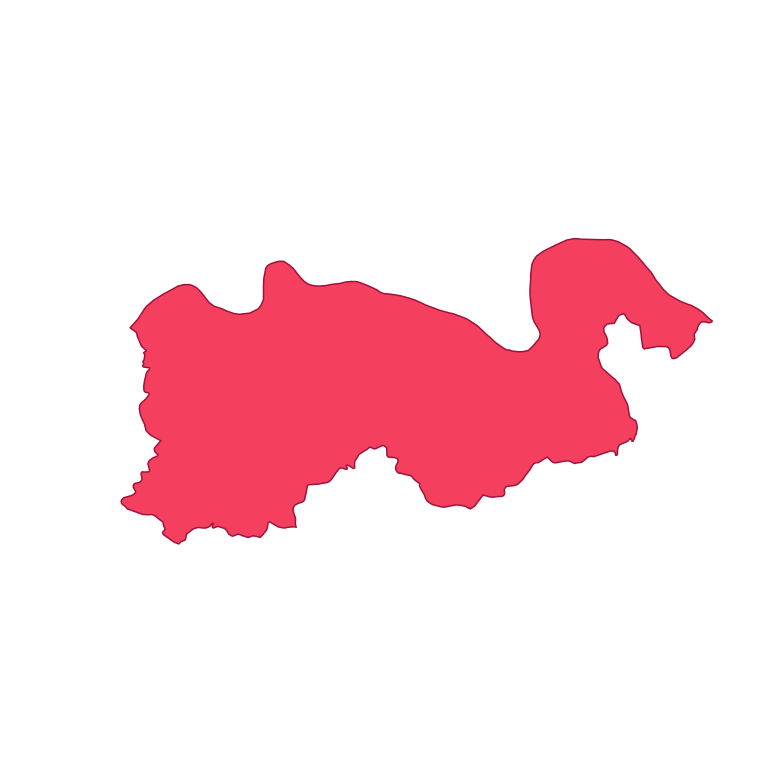 Phu Ninh, Phú Thọ, Vietnam (Albers equal-area conic projection), rotated 302°
{"feature_id": "81297802B64104222015073", "entity_name": "Phu Ninh", "entity_type": "district", "adm_level": 2, "iso_a3": "VNM", "parent_name": "Vietnam", "parent_adm1": "Phú Thọ", "projection": "albers", "projection_center": [105.302, 21.456], "detail": "fine", "context": "isolated", "style": "filled", "palette": "rose", "viewbox_px": 768, "rotation_deg": 302, "n_neighbors": 0, "source": "geoboundaries", "source_scale": "gbopen_adm2", "svg_char_len": 6171}
<svg xmlns="http://www.w3.org/2000/svg" viewBox="0 0 768 768"><g transform="rotate(302 384 384)"><path d="M142.0,232.1L145.6,248.8L148.3,253.5L150.2,256.2L150.8,258.4L150.8,260.7L150.0,266.1L149.9,269.5L146.7,272.5L146.0,274.0L144.9,275.3L143.5,275.3L140.9,274.8L139.6,276.3L139.3,277.6L138.7,289.1L139.1,292.4L139.7,294.8L142.3,295.2L144.5,296.7L145.6,297.7L147.4,298.0L151.4,296.2L152.9,296.4L159.7,298.9L162.9,301.4L164.4,303.3L165.5,305.9L166.9,308.4L167.8,309.5L169.5,310.8L171.7,311.9L174.6,312.1L175.3,312.8L175.1,313.4L173.2,313.5L172.1,314.0L171.5,314.7L171.4,315.2L171.7,315.9L174.5,317.9L175.1,318.6L175.6,319.8L177.0,325.4L176.4,328.2L174.5,331.9L174.4,335.1L174.9,336.5L177.3,338.3L179.1,339.4L179.5,340.3L179.9,341.9L180.5,344.9L181.7,349.7L182.8,351.0L185.4,352.8L186.6,355.0L188.4,360.3L192.1,361.2L198.1,361.8L201.5,360.8L205.0,359.2L205.9,359.4L206.6,360.4L206.7,369.8L208.1,373.8L209.5,376.5L211.6,378.4L215.2,383.4L216.0,385.3L218.7,382.7L222.8,380.5L224.5,378.7L225.5,377.2L229.4,373.3L231.9,372.4L234.1,372.7L236.1,373.7L240.9,377.4L242.4,378.0L243.8,378.0L250.2,375.7L257.7,372.7L259.5,374.7L264.8,382.0L266.4,383.5L270.4,388.1L272.5,389.4L275.4,390.0L283.5,390.3L289.1,391.0L290.3,392.4L291.6,397.3L292.4,397.8L293.7,396.8L294.7,395.3L296.0,395.8L296.1,401.8L296.4,403.3L297.5,403.6L299.9,401.8L303.0,400.2L311.2,400.1L313.3,401.2L317.3,403.0L319.0,404.1L323.2,405.5L323.6,409.6L324.6,411.1L327.7,413.0L331.0,415.3L331.7,416.8L331.6,418.8L331.0,420.3L324.8,424.5L324.3,426.2L327.4,432.4L327.6,435.1L326.8,436.5L324.3,437.3L321.2,437.4L318.9,438.3L317.5,439.6L316.4,441.6L316.2,443.6L317.3,445.8L318.5,450.1L320.3,454.5L320.3,456.8L319.4,459.1L318.9,461.1L318.5,465.4L318.8,466.4L318.3,467.0L316.6,468.0L314.7,470.6L311.4,477.0L308.9,480.0L307.7,482.6L307.4,485.1L307.4,489.0L310.0,497.3L311.8,500.8L316.5,505.7L320.2,509.9L321.8,513.5L323.4,517.8L323.5,520.6L323.9,523.4L328.6,525.6L342.4,526.8L344.2,533.3L345.9,536.6L348.4,539.6L351.3,543.7L353.0,544.6L355.0,544.4L358.4,541.8L361.3,541.9L362.7,542.9L364.7,545.6L367.2,548.5L369.3,550.3L372.6,551.3L377.2,552.3L381.5,552.4L389.1,553.2L393.4,553.0L396.0,553.3L397.7,554.6L399.1,556.5L404.5,559.2L408.5,561.1L407.3,566.7L407.2,569.4L408.1,571.4L413.8,577.4L416.4,580.9L417.1,582.9L417.3,585.6L417.7,588.0L419.1,589.1L420.5,591.0L422.3,593.0L424.7,594.0L430.3,595.8L431.5,596.9L432.7,598.3L433.4,600.3L447.2,611.5L448.3,613.5L448.6,615.3L448.2,616.5L446.4,618.1L446.6,618.7L447.1,619.2L448.3,619.2L450.3,617.8L454.0,616.1L455.6,615.9L457.4,616.1L459.6,617.5L462.7,619.9L465.0,621.1L468.2,621.8L468.3,622.9L467.5,623.8L467.0,624.5L467.2,625.5L470.1,625.3L472.9,624.4L474.8,624.5L481.2,622.0L484.4,619.1L486.1,617.1L486.4,616.2L486.1,615.4L486.1,611.0L486.4,609.9L489.6,606.7L494.8,602.3L497.1,599.2L499.4,595.1L502.9,589.9L504.6,588.1L508.7,583.5L509.6,579.5L510.4,577.7L510.7,573.9L511.9,567.3L512.8,561.2L514.2,558.6L519.7,551.9L521.7,550.5L525.2,549.0L528.4,548.9L530.4,550.2L535.0,552.2L537.3,552.0L540.2,549.6L541.9,547.9L543.7,544.7L545.1,542.7L548.0,540.7L550.0,540.7L553.2,541.5L557.5,547.1L565.3,546.8L567.1,547.1L570.8,550.1L569.7,552.9L568.2,555.5L567.3,560.4L567.3,561.7L567.9,565.1L569.1,570.0L562.4,575.7L559.1,578.1L552.1,584.2L551.7,586.1L560.9,596.2L564.9,602.8L565.6,605.1L564.5,608.3L559.8,612.4L558.5,614.5L558.8,616.0L561.1,618.1L569.3,621.1L577.0,623.6L580.0,624.3L583.8,624.3L586.8,623.8L589.6,621.3L590.7,620.8L592.6,620.6L596.3,620.8L598.4,619.9L600.7,619.7L604.2,619.9L605.5,621.2L606.8,623.4L608.1,627.2L610.4,629.1L611.4,628.9L611.9,623.9L612.3,622.5L613.5,616.8L613.8,613.5L613.9,610.2L613.5,602.7L612.8,600.3L611.5,593.5L611.0,589.1L610.6,579.0L611.3,574.7L611.9,572.1L612.8,569.2L613.8,566.4L614.6,564.6L615.6,561.3L616.8,558.2L618.9,554.3L620.4,551.0L622.7,543.2L624.5,538.1L626.6,530.8L629.0,520.7L629.3,517.0L628.8,507.2L627.1,501.3L625.8,498.4L623.0,494.3L611.0,474.0L610.2,471.9L608.1,468.3L602.9,462.7L593.2,456.2L581.1,448.8L573.4,445.6L569.1,445.3L563.9,446.0L554.6,450.4L550.7,452.8L541.2,457.9L535.8,461.4L522.0,472.3L518.8,475.2L516.5,478.2L514.4,482.1L512.6,485.7L511.0,488.1L509.3,489.9L506.3,491.1L503.4,491.4L494.6,490.1L489.0,488.6L486.3,486.0L484.6,484.0L482.8,481.3L479.7,474.9L479.3,472.2L478.2,470.6L477.8,468.0L477.8,463.8L478.3,456.5L479.5,450.5L480.3,445.0L482.9,432.1L483.1,420.8L482.8,417.9L480.2,405.2L479.3,403.1L475.9,391.8L473.1,377.6L472.5,373.0L472.6,372.2L472.0,369.3L472.0,368.4L471.6,365.7L470.4,360.7L467.5,351.0L463.8,342.3L460.8,336.3L460.1,334.0L459.8,331.9L460.1,328.8L459.6,323.7L458.4,315.6L456.9,308.3L455.9,305.7L453.3,301.5L449.6,296.8L446.1,293.6L443.9,290.7L440.8,286.9L436.1,281.9L432.5,276.8L430.9,273.9L429.6,270.8L428.7,268.1L428.5,265.7L428.8,261.6L430.1,256.4L434.0,245.5L434.7,240.3L434.9,234.1L432.5,230.0L429.5,227.1L426.1,224.3L422.6,222.5L419.5,222.4L410.1,226.0L403.8,229.5L391.7,237.1L385.1,238.0L380.8,237.4L373.1,232.7L366.6,224.6L364.3,219.6L362.6,212.2L362.0,207.1L359.9,198.6L360.4,192.6L365.0,180.0L366.3,173.9L366.0,169.2L365.1,166.2L362.2,161.6L357.9,157.4L349.7,152.9L343.8,149.5L332.3,144.0L323.9,141.4L321.1,141.1L308.6,140.9L297.2,138.9L296.8,140.8L296.8,145.9L295.7,147.7L293.6,149.6L291.8,152.4L289.7,155.2L287.3,158.7L287.5,159.7L286.8,161.9L286.7,164.2L285.9,165.0L284.3,163.9L283.1,163.6L281.9,165.9L277.0,167.8L275.3,167.5L273.6,169.7L271.7,169.5L270.9,170.6L271.9,173.4L273.3,175.8L273.4,176.7L271.7,177.2L269.5,176.7L267.4,176.7L259.1,179.5L254.9,181.4L251.9,183.4L250.7,184.8L250.7,186.5L251.8,189.2L251.0,190.2L249.4,190.4L244.9,189.9L239.3,188.2L236.7,188.1L233.7,189.4L228.9,193.6L225.1,198.9L223.3,201.9L218.4,206.9L217.2,211.5L217.0,213.5L217.6,224.8L208.5,223.3L207.1,223.6L206.2,224.4L205.2,225.7L204.1,229.8L203.3,230.0L201.9,229.4L198.5,227.0L196.1,226.1L194.8,225.6L192.3,225.8L191.1,226.2L186.3,231.2L185.5,231.5L185.1,231.3L182.7,228.0L181.5,225.7L180.9,225.2L179.5,225.3L175.0,229.3L172.8,229.4L170.9,228.7L167.3,225.1L165.2,225.1L164.2,225.7L163.2,226.7L161.6,229.8L160.8,230.5L159.8,230.7L158.4,230.4L155.8,229.1L152.8,226.5L149.6,223.5L146.9,222.9L145.4,223.2L144.1,224.3L143.3,225.8L142.9,230.7L142.0,232.1Z" fill="#f43f5e" stroke="#9f1239" stroke-width="1.5"/></g></svg>